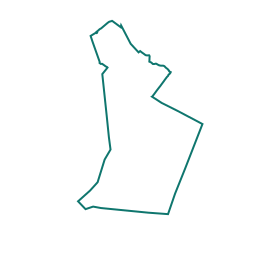 Rojas de Cuauhtémoc, Oaxaca, Mexico, rotated 294°
{"feature_id": "50627088B87097149335611", "entity_name": "Rojas de Cuauhtémoc", "entity_type": "district", "adm_level": 2, "iso_a3": "MEX", "parent_name": "Mexico", "parent_adm1": "Oaxaca", "projection": "robinson", "projection_center": [-96.619, 17.005], "detail": "fine", "context": "isolated", "style": "outline", "palette": "teal", "viewbox_px": 256, "rotation_deg": 294, "n_neighbors": 0, "source": "geoboundaries", "source_scale": "gbopen_adm2", "svg_char_len": 1850}
<svg xmlns="http://www.w3.org/2000/svg" viewBox="0 0 256 256"><g transform="rotate(294 128 128)"><path d="M40.7,112.2L36.6,122.2L42.0,128.1L43.9,135.9L58.9,181.0L65.6,199.6L87.2,197.7L113.8,196.7L158.0,194.6L161.9,194.4L163.8,166.2L164.6,148.5L166.4,137.2L166.7,137.4L169.6,138.1L170.5,138.3L172.8,138.8L173.8,139.0L178.7,140.2L178.9,140.3L181.3,140.8L182.6,141.1L184.5,141.5L184.8,141.6L185.2,141.7L185.9,141.8L186.4,141.9L190.0,142.7L191.0,143.0L191.6,143.3L192.1,143.4L192.5,143.4L192.9,143.3L193.4,143.4L193.7,143.6L194.1,143.9L194.8,144.1L195.6,144.3L196.4,144.3L196.4,143.6L196.4,143.1L196.5,142.6L197.0,142.3L197.2,141.9L197.4,141.3L197.6,141.0L198.1,139.9L198.2,139.1L198.4,138.4L198.7,137.5L199.0,136.8L199.1,136.7L199.3,135.9L199.3,135.3L199.2,134.6L198.8,133.7L198.3,132.6L198.2,132.2L198.0,131.3L197.9,131.1L197.9,130.9L198.0,130.7L198.0,130.3L198.0,129.3L198.2,128.0L198.2,127.6L198.1,127.3L197.9,126.9L197.5,126.5L197.1,125.9L196.9,125.5L196.8,125.2L196.6,124.7L196.7,124.2L196.9,123.9L197.0,123.5L197.3,122.6L197.3,122.2L197.3,121.0L197.3,120.5L198.7,120.0L200.4,119.3L201.2,119.0L201.8,118.8L202.3,118.6L202.5,118.4L203.0,117.8L202.0,115.7L201.7,114.4L202.2,112.3L202.6,110.2L203.2,107.8L201.4,106.9L206.0,96.2L218.9,80.0L217.1,80.4L219.4,70.0L219.4,69.9L219.2,69.8L219.0,69.5L218.6,69.1L218.4,68.8L218.3,68.6L218.1,68.4L217.9,68.2L217.7,68.0L217.5,67.7L217.1,67.4L216.8,67.2L216.2,66.9L215.9,66.7L215.7,66.6L208.0,62.9L207.9,62.8L207.3,62.3L206.5,61.8L204.4,60.9L203.2,60.2L202.7,61.0L202.1,60.9L201.8,60.5L201.9,60.2L202.0,59.9L196.9,56.4L192.4,60.5L176.9,75.2L175.8,75.6L175.5,77.1L176.1,78.4L175.7,80.2L175.6,81.1L175.3,82.0L175.2,82.8L175.2,83.9L174.9,84.7L172.8,84.2L166.8,82.6L166.6,82.7L130.8,103.4L111.8,114.3L101.2,120.8L89.7,119.5L66.1,122.3L55.4,118.8L40.7,112.2Z" fill="none" stroke="#0f766e" stroke-width="2"/></g></svg>